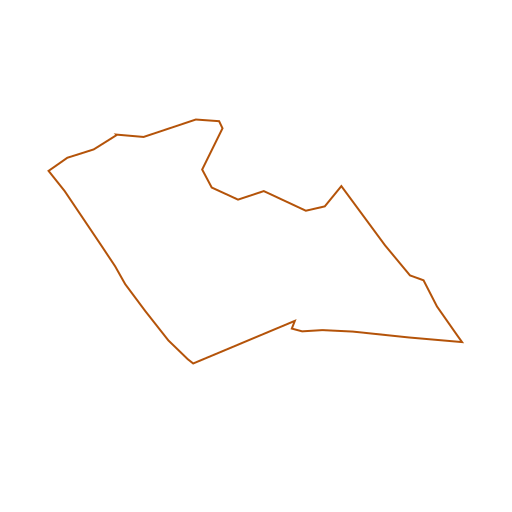 the border of West Dunbartonshire, rotated 325°
{"feature_id": "GBR-2011", "entity_name": "West Dunbartonshire", "entity_type": "Unitary District", "adm_level": 1, "iso_a3": "GBR", "parent_name": "United Kingdom", "parent_adm1": "", "projection": "orthographic", "projection_center": [-4.496, 55.971], "detail": "fine", "context": "isolated", "style": "outline", "palette": "amber", "viewbox_px": 512, "rotation_deg": 325, "n_neighbors": 0, "source": "natural_earth", "source_scale": "10m", "svg_char_len": 662}
<svg xmlns="http://www.w3.org/2000/svg" viewBox="0 0 512 512"><g transform="rotate(325 256 256)"><path d="M243.7,336.0L250.6,331.4L142.9,308.0L140.9,301.4L135.8,274.9L133.8,239.2L133.7,237.6L133.2,220.6L132.7,204.2L133.0,200.9L134.7,183.7L135.0,170.8L135.3,158.6L136.5,93.0L134.9,67.3L135.8,67.3L157.8,67.3L184.2,75.6L211.4,77.0L211.3,76.5L232.2,94.0L285.0,109.7L303.1,124.4L301.8,132.2L261.5,154.3L259.0,174.5L273.6,199.5L299.6,207.3L322.8,247.5L340.8,254.8L366.0,247.7L367.8,321.2L371.0,360.2L379.3,372.0L375.3,401.1L375.3,436.4L375.4,444.7L334.6,410.5L291.9,373.4L267.9,354.8L250.6,344.2L243.7,336.0Z" fill="none" stroke="#b45309" stroke-width="2"/></g></svg>